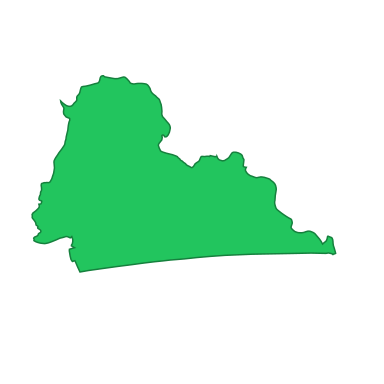 the district of Mo Duc, Quảng Ngãi, Vietnam, rotated 101°
{"feature_id": "81297802B23204917551818", "entity_name": "Mo Duc", "entity_type": "district", "adm_level": 2, "iso_a3": "VNM", "parent_name": "Vietnam", "parent_adm1": "Quảng Ngãi", "projection": "natural_earth1", "projection_center": [108.868, 14.986], "detail": "fine", "context": "isolated", "style": "filled", "palette": "green", "viewbox_px": 384, "rotation_deg": 101, "n_neighbors": 0, "source": "geoboundaries", "source_scale": "gbopen_adm2", "svg_char_len": 6020}
<svg xmlns="http://www.w3.org/2000/svg" viewBox="0 0 384 384"><g transform="rotate(101 192 192)"><path d="M291.9,286.7L288.8,278.6L283.5,263.2L279.4,251.2L274.8,237.2L271.1,226.3L267.7,215.8L265.2,207.5L263.0,200.6L259.2,187.0L255.4,174.7L251.8,162.1L247.9,147.6L241.6,121.2L233.2,81.9L229.2,63.4L226.7,48.8L225.8,46.5L225.8,44.4L226.0,42.5L226.5,41.7L226.0,41.3L225.4,40.0L224.8,39.3L222.9,40.2L220.1,41.6L217.6,43.0L215.3,43.8L214.0,44.1L213.1,44.4L212.1,44.7L211.1,45.3L210.6,45.6L210.2,46.2L210.0,46.7L209.8,48.2L209.4,50.1L209.9,50.4L210.3,50.5L211.2,50.4L212.5,50.5L213.6,50.7L214.6,51.0L215.2,51.5L215.9,52.1L217.1,53.1L218.2,53.9L216.0,55.7L214.0,57.7L210.4,62.2L209.6,63.2L209.1,64.1L208.7,65.1L208.5,65.9L208.2,67.4L208.0,68.7L208.1,69.4L208.1,69.7L208.3,70.7L209.1,72.4L210.3,74.4L211.0,76.2L211.3,77.6L211.6,79.8L211.6,80.8L211.3,82.8L211.1,83.7L210.1,85.5L209.4,86.6L208.8,87.3L208.4,87.7L208.1,87.9L207.3,88.1L204.0,87.7L203.3,87.7L202.5,87.9L201.6,88.3L201.0,88.6L200.4,88.9L199.9,89.4L199.6,89.9L199.2,91.3L198.8,92.6L198.4,93.6L197.8,95.2L196.6,98.0L195.7,100.0L193.5,104.3L193.0,105.2L192.4,105.9L191.6,106.6L190.7,107.1L189.6,107.7L187.9,108.5L186.0,109.0L184.2,109.0L179.4,109.6L178.5,109.6L175.1,109.7L173.3,109.8L171.6,110.3L169.5,111.3L168.0,112.5L166.8,114.1L165.3,117.1L164.6,118.1L164.3,119.4L163.8,123.7L163.9,126.2L164.0,126.9L164.1,127.5L164.6,128.6L164.9,129.5L165.3,130.3L165.6,131.2L165.7,131.9L165.6,132.9L165.4,134.2L165.1,135.9L164.9,137.5L164.8,138.1L164.2,139.5L163.6,140.7L162.6,142.0L161.6,142.9L161.6,143.0L160.7,143.6L160.1,143.8L159.2,143.8L158.4,143.7L157.4,143.4L157.5,145.0L157.4,145.8L157.0,146.5L156.5,146.7L156.0,146.7L155.4,146.8L153.9,146.9L151.1,147.1L150.1,147.3L149.7,147.7L149.1,148.3L147.9,149.0L146.8,149.6L146.3,150.0L145.5,151.3L144.8,153.8L144.6,156.1L144.7,157.2L145.0,158.8L145.6,159.8L146.4,160.4L148.6,161.3L149.6,161.7L151.3,162.4L152.6,163.6L153.7,164.8L154.9,166.1L155.6,167.9L155.5,169.4L155.3,171.2L154.7,172.3L154.0,173.2L152.2,174.4L152.3,174.4L152.6,175.4L152.9,175.8L153.0,176.4L152.9,176.5L152.9,178.4L152.8,181.1L153.5,181.3L153.8,181.5L153.8,182.9L154.2,184.7L154.8,186.3L155.1,188.8L155.4,189.6L156.1,190.0L157.9,190.4L159.8,190.8L160.9,191.5L161.7,192.4L162.6,193.3L163.7,194.3L165.9,195.1L166.8,195.5L167.9,196.5L168.0,196.6L168.1,197.1L168.0,197.8L167.4,199.4L167.0,201.1L166.4,202.7L165.4,203.8L164.6,205.8L163.5,207.5L163.2,208.7L162.6,209.7L161.9,210.3L161.3,211.5L160.9,212.3L160.1,213.1L159.7,214.6L159.4,216.5L159.1,218.2L159.0,220.6L158.8,224.7L158.3,228.8L157.7,230.7L156.8,231.3L155.1,232.6L153.1,233.7L152.4,234.0L151.7,233.9L150.7,233.7L149.2,232.9L146.7,231.6L144.9,231.6L143.8,231.7L142.8,232.3L142.2,232.3L141.7,231.7L141.6,231.2L141.7,230.6L142.0,230.1L142.5,229.9L143.0,229.4L143.0,229.0L142.9,228.4L142.6,227.7L142.1,227.2L140.5,226.3L139.3,226.0L137.8,225.6L135.6,225.5L133.5,225.5L132.7,225.7L131.4,226.3L130.2,227.1L129.1,228.3L127.9,229.9L125.5,232.8L123.7,235.2L122.3,236.1L121.1,236.6L118.6,236.9L117.5,237.2L114.7,238.0L112.0,239.0L110.9,239.7L108.1,241.3L107.2,242.0L105.4,245.1L104.7,245.9L103.8,247.8L102.8,249.6L101.6,251.0L100.4,251.9L98.3,253.0L96.5,254.7L95.4,256.0L94.8,257.5L94.8,259.5L94.9,261.1L95.1,262.6L95.6,265.3L96.1,267.0L97.1,269.6L97.1,271.7L96.9,273.2L96.2,274.0L95.4,274.7L93.1,277.8L92.2,279.5L92.1,280.5L92.2,281.2L92.9,282.7L94.8,286.4L95.3,288.5L95.5,289.8L95.6,294.6L95.6,299.8L94.8,301.1L94.9,301.8L95.2,302.5L95.7,303.2L96.4,303.6L97.6,303.9L99.1,303.9L100.6,304.0L101.8,304.3L102.7,304.9L103.2,305.6L104.3,308.1L106.6,312.5L108.3,316.3L108.8,317.8L109.1,318.8L109.4,319.5L109.8,320.2L110.0,320.5L110.6,320.7L111.7,320.9L112.8,321.0L115.6,321.1L117.0,321.4L118.1,321.9L119.4,322.8L120.2,323.1L121.1,323.2L123.4,322.7L124.1,322.7L125.2,323.2L126.4,324.0L127.5,324.8L129.1,325.5L129.9,326.2L130.5,326.5L130.9,327.4L131.3,328.5L131.4,329.8L131.2,331.6L130.4,333.6L128.8,336.8L128.2,337.5L127.7,338.3L129.1,337.8L130.8,336.7L133.1,334.5L134.1,333.8L134.9,333.6L136.0,333.6L137.6,333.5L139.1,333.1L140.1,332.6L141.2,331.3L142.3,330.0L142.7,328.3L142.9,327.0L143.2,326.1L143.9,325.9L145.1,325.7L146.4,326.0L148.0,326.1L150.1,326.1L152.9,325.9L154.8,325.7L157.2,325.8L159.0,325.9L161.9,326.0L164.2,325.8L166.4,326.1L169.3,326.0L170.6,326.3L174.6,328.0L179.1,330.2L181.0,330.9L184.2,332.3L185.7,332.8L186.9,333.1L187.7,333.3L189.0,333.2L190.4,332.8L194.6,331.6L196.9,331.5L200.0,331.4L203.4,331.9L205.6,332.1L207.9,332.8L209.1,333.3L209.6,333.6L210.1,334.3L210.4,336.4L210.8,337.5L211.1,339.0L211.6,339.8L212.3,341.1L212.9,341.4L214.4,341.3L216.3,340.6L218.4,340.1L219.3,340.1L220.3,340.4L221.0,340.6L222.2,340.5L223.4,340.3L224.2,340.6L225.6,340.9L227.4,341.0L228.3,340.9L229.1,340.2L229.4,338.9L229.3,338.2L229.7,337.7L231.1,337.7L232.2,337.9L232.6,338.2L233.2,340.0L234.3,339.4L236.2,339.1L238.0,340.1L240.4,341.8L242.4,343.6L242.7,344.0L243.4,344.1L244.4,344.7L245.7,344.3L246.5,344.1L247.1,344.1L247.8,343.9L248.5,343.2L249.1,342.5L249.6,341.9L250.4,341.0L251.1,340.3L251.6,339.9L252.3,339.4L253.1,339.2L253.9,338.8L254.4,338.5L254.6,337.9L254.8,337.2L255.1,336.8L255.3,336.6L255.5,336.6L256.0,336.6L256.4,336.7L256.9,336.5L257.2,336.0L257.7,334.8L258.1,333.8L258.4,333.4L258.8,333.1L259.1,333.0L259.3,332.9L259.6,332.8L260.2,332.9L260.8,333.2L261.3,333.8L262.0,334.5L262.5,334.8L263.0,334.8L263.6,335.0L264.1,335.1L264.5,335.4L265.1,336.2L265.7,337.0L266.2,337.8L266.8,338.3L267.6,338.6L269.0,337.8L269.9,337.9L270.6,335.9L270.9,334.2L271.1,331.8L271.1,330.5L270.9,328.1L270.8,326.9L270.4,325.7L269.8,324.3L269.3,323.2L267.7,320.5L267.2,319.7L264.9,316.2L262.5,312.8L261.4,310.3L260.9,309.3L260.0,307.7L259.7,307.0L259.6,305.9L259.8,304.6L260.1,303.5L260.2,303.1L260.1,302.5L258.7,301.5L261.3,300.0L263.4,299.6L265.6,299.6L267.1,300.2L267.9,300.1L268.2,299.0L268.7,297.8L269.1,296.7L271.1,300.5L271.6,301.4L273.2,301.2L278.1,299.4L281.3,297.9L282.7,296.6L283.0,295.9L282.4,295.1L281.8,293.9L282.9,293.0L287.2,290.1L291.9,286.7Z" fill="#22c55e" stroke="#15803d" stroke-width="1.5"/></g></svg>